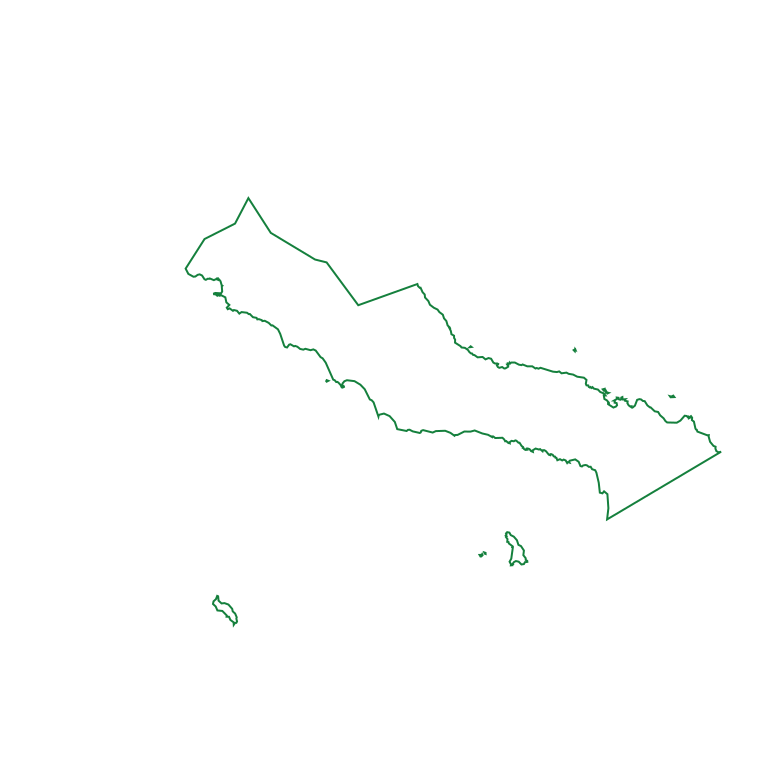 outline of Ensenada, Baja California, Mexico, rotated 330°
{"feature_id": "50627088B13797450449328", "entity_name": "Ensenada", "entity_type": "district", "adm_level": 2, "iso_a3": "MEX", "parent_name": "Mexico", "parent_adm1": "Baja California", "projection": "orthographic", "projection_center": [-114.931, 30.193], "detail": "fine", "context": "isolated", "style": "outline", "palette": "green", "viewbox_px": 768, "rotation_deg": 330, "n_neighbors": 0, "source": "geoboundaries", "source_scale": "gbopen_adm2", "svg_char_len": 6175}
<svg xmlns="http://www.w3.org/2000/svg" viewBox="0 0 768 768"><g transform="rotate(330 384 384)"><path d="M269.9,184.9L269.6,190.8L272.6,195.8L274.4,196.6L277.2,196.3L279.2,196.9L280.7,199.1L280.9,203.5L281.8,204.7L284.0,204.7L285.7,205.9L285.4,205.6L285.9,205.5L288.6,209.0L291.1,209.2L292.4,210.9L291.7,209.8L292.1,209.1L292.8,209.4L292.4,209.9L292.8,209.7L293.2,210.7L292.8,210.7L292.8,211.2L293.5,211.2L293.8,213.3L292.8,217.3L293.2,218.1L292.3,218.4L290.1,223.0L288.2,224.0L283.4,220.8L282.0,220.6L281.7,221.3L283.2,222.3L283.4,223.4L284.3,223.2L284.3,224.4L285.9,224.2L286.6,225.1L286.3,225.5L287.5,225.9L289.9,229.6L288.3,234.5L289.6,238.2L286.0,239.3L286.1,241.1L288.1,241.3L289.8,245.1L291.0,244.9L293.3,247.1L293.9,250.7L296.6,250.5L301.0,253.8L301.8,255.8L302.8,256.3L303.9,260.6L306.7,263.0L306.6,264.7L308.1,265.3L310.1,267.6L310.1,268.7L312.3,269.6L314.7,273.4L315.7,277.0L316.8,277.5L319.5,283.6L319.2,288.6L316.7,300.8L316.9,302.5L318.3,303.9L321.5,302.5L322.8,302.8L324.9,306.4L326.1,306.6L327.6,308.4L328.9,311.7L331.3,313.9L333.5,314.2L337.3,318.0L340.1,318.7L341.6,320.9L342.5,329.0L343.7,331.1L344.2,336.4L342.2,354.8L343.2,356.1L343.6,358.4L344.7,358.9L345.2,360.0L345.9,363.1L345.7,365.8L346.3,366.4L347.9,366.5L348.1,365.9L347.1,364.1L348.4,362.8L351.1,361.8L353.8,362.2L359.9,366.8L363.2,372.8L364.7,378.9L364.0,390.3L365.2,391.9L365.8,394.7L362.9,409.4L363.7,408.5L365.1,408.4L369.2,409.6L372.8,414.6L374.4,422.3L372.9,429.7L380.1,436.0L381.8,435.7L383.3,436.4L385.2,439.4L390.5,444.3L391.6,444.3L392.9,443.2L394.8,443.5L401.9,450.4L405.3,450.7L413.6,455.1L417.1,459.5L419.2,464.1L420.0,463.7L422.3,464.9L429.7,465.3L435.2,468.5L439.3,469.6L444.4,476.0L448.7,480.0L451.1,484.0L451.5,483.5L452.4,484.1L453.3,486.4L459.7,489.8L460.4,492.2L460.3,494.2L461.3,494.5L462.2,497.2L462.7,497.1L463.3,498.2L463.9,497.2L466.0,497.0L467.8,498.5L469.5,498.5L470.3,499.3L471.1,502.1L472.0,502.6L472.2,506.5L472.8,507.9L472.4,508.5L472.9,508.6L472.7,510.1L473.5,511.8L474.4,512.2L474.2,511.7L475.2,511.2L476.2,511.7L477.5,513.2L477.8,515.6L479.0,517.2L479.5,515.8L483.0,515.7L485.5,518.3L486.6,518.4L487.7,521.6L488.6,520.8L489.8,521.5L490.7,523.3L491.4,527.7L492.4,528.8L493.1,528.0L493.7,528.3L494.7,529.7L494.8,531.5L495.8,532.4L495.6,533.5L496.4,534.1L496.0,536.7L498.8,537.1L500.1,539.3L501.8,539.3L503.1,541.0L503.1,544.0L504.1,543.6L505.3,544.8L505.3,543.8L506.5,543.3L511.9,544.9L513.7,548.7L513.1,553.3L514.2,554.4L515.6,554.1L517.8,554.8L519.0,555.8L520.0,558.2L521.6,559.0L521.6,561.8L523.8,564.3L523.6,567.0L520.6,576.9L516.6,586.0L518.5,587.9L520.9,587.0L522.4,591.1L516.2,603.8L509.5,612.8L642.1,611.2L639.6,610.5L638.3,608.3L638.7,605.7L639.8,604.1L638.4,602.4L637.5,597.1L638.9,591.7L639.7,590.7L638.3,590.0L631.6,581.9L632.0,580.0L631.4,579.3L631.5,578.1L633.6,571.5L632.6,569.2L634.0,567.3L633.8,565.3L632.6,565.4L632.2,566.2L630.7,566.1L631.2,564.4L630.4,564.3L630.2,563.1L628.5,561.8L622.4,563.9L618.2,563.9L610.0,558.9L609.2,556.8L609.0,553.5L607.5,549.2L607.4,545.3L604.8,543.0L603.2,537.5L602.6,537.2L601.4,534.2L601.2,529.2L599.7,528.1L598.9,525.9L597.6,524.8L595.3,524.3L590.5,528.2L587.4,528.7L586.7,528.2L586.4,527.3L587.0,526.9L585.7,526.2L585.2,524.6L585.2,522.3L586.3,520.9L584.2,518.8L584.4,518.0L585.3,517.8L582.9,516.7L583.9,514.5L582.7,514.4L581.8,515.7L580.8,515.8L579.7,514.6L580.2,513.2L578.8,512.1L578.3,513.4L575.0,513.4L575.6,513.8L574.4,515.5L575.9,516.8L575.2,518.9L573.6,519.5L570.9,519.1L568.0,513.5L569.0,511.7L569.3,512.8L569.4,512.6L568.8,509.5L567.4,507.2L568.6,503.8L570.0,504.6L569.6,501.9L567.3,499.1L566.5,495.8L563.5,493.0L563.0,491.0L561.9,491.3L561.4,489.9L560.6,490.1L559.9,488.9L560.2,487.4L558.7,486.4L558.9,484.7L561.4,481.7L560.3,478.5L555.0,474.3L552.5,470.4L549.0,467.5L547.7,465.4L543.1,463.5L542.0,460.7L539.7,460.1L536.5,457.8L527.6,448.2L525.5,448.0L524.2,446.5L522.9,446.3L521.3,442.9L516.9,440.3L513.8,436.4L512.5,436.4L510.5,434.7L508.1,430.9L504.9,429.0L503.5,429.3L503.4,428.6L503.0,429.1L501.5,428.0L501.1,428.8L500.4,428.6L500.5,429.7L501.4,429.3L500.2,431.1L497.0,431.2L495.9,430.7L494.8,428.4L491.9,427.6L491.1,426.2L491.1,424.3L492.4,423.8L493.4,424.4L492.3,422.8L490.5,421.9L489.4,420.1L489.4,415.7L487.5,413.8L484.2,413.4L482.9,409.9L478.4,407.7L476.8,404.2L475.7,403.3L475.5,401.6L474.6,401.0L473.9,399.0L473.7,396.4L472.1,393.1L469.4,391.1L469.2,389.5L466.2,383.7L467.8,381.1L467.7,379.2L468.8,377.2L467.3,374.6L468.4,371.5L468.6,368.0L469.1,368.4L469.2,367.9L468.4,365.1L469.5,360.6L468.8,357.2L469.6,353.4L467.9,349.4L467.6,346.3L465.3,342.9L463.4,338.3L463.9,334.4L462.8,329.6L464.0,326.8L463.3,323.8L463.8,318.9L463.1,318.7L462.4,316.3L462.9,314.1L401.1,302.9L395.1,250.0L386.5,241.7L361.5,196.5L359.5,155.2L335.2,170.6L301.1,168.7L269.9,184.9ZM416.6,573.9L415.0,574.4L415.1,575.2L413.6,576.1L414.1,577.2L413.1,577.5L413.4,580.1L411.8,582.3L412.8,583.1L412.4,584.5L414.2,588.8L413.5,589.4L414.0,589.8L406.9,598.9L403.9,600.7L403.8,603.8L403.2,604.5L404.5,605.1L404.7,604.5L405.6,604.6L405.6,604.0L407.6,603.2L409.7,603.3L411.8,605.2L412.8,609.0L415.1,609.9L416.9,608.8L419.2,609.7L419.6,608.8L418.8,607.2L419.6,605.7L419.1,601.9L421.9,598.2L421.6,592.9L420.0,590.5L421.0,585.8L420.1,581.1L418.2,578.2L418.3,575.4L416.6,573.9ZM132.4,488.9L134.2,484.9L133.6,484.1L130.9,486.3L127.7,487.0L125.9,489.0L127.0,492.5L126.5,496.8L130.5,499.7L132.1,505.9L131.3,506.8L133.4,508.1L133.0,511.5L134.6,515.2L133.5,517.4L135.6,516.4L136.7,517.0L138.0,516.2L138.8,513.4L139.8,512.4L140.3,508.4L139.3,505.3L140.1,502.8L139.0,497.2L136.3,494.0L133.6,492.8L132.4,488.9ZM570.8,498.0L571.1,499.8L571.7,499.9L572.2,501.5L571.8,502.5L572.8,502.8L572.7,503.9L574.1,504.0L572.8,502.7L572.8,499.9L572.3,499.6L572.8,498.5L570.8,498.0ZM383.2,580.8L381.3,579.8L381.3,581.6L382.1,582.0L383.8,581.5L383.9,580.4L383.2,580.8ZM625.5,537.5L625.6,538.8L628.9,540.5L628.7,538.7L626.5,538.5L625.5,537.5ZM336.3,352.0L335.4,352.6L335.5,353.3L337.4,353.4L336.3,352.0ZM567.0,449.5L565.2,449.5L565.6,451.1L566.8,449.6L566.8,449.9L566.9,450.1L567.0,449.5ZM387.0,582.0L387.5,581.0L386.6,580.0L386.4,581.3L387.0,582.0ZM477.9,394.7L476.6,395.0L478.3,395.7L477.9,394.7Z" fill="none" stroke="#15803d" stroke-width="2"/></g></svg>